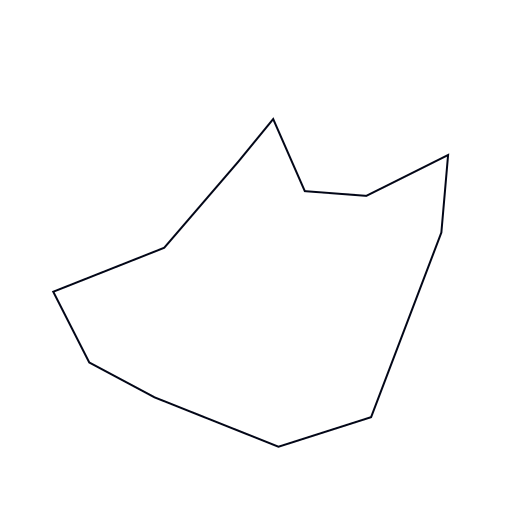 Msida, Mercator projection, rotated 114°
{"feature_id": "MLT-5940", "entity_name": "Msida", "entity_type": "state/province", "adm_level": 1, "iso_a3": "MLT", "parent_name": "Malta", "parent_adm1": "", "projection": "mercator", "projection_center": [14.482, 35.893], "detail": "fine", "context": "isolated", "style": "outline", "palette": "ink", "viewbox_px": 512, "rotation_deg": 114, "n_neighbors": 0, "source": "natural_earth", "source_scale": "10m", "svg_char_len": 319}
<svg xmlns="http://www.w3.org/2000/svg" viewBox="0 0 512 512"><g transform="rotate(114 256 256)"><path d="M371.1,426.7L285.8,343.2L176.9,310.5L123.9,296.0L176.9,237.8L156.2,179.7L85.6,121.6L159.2,96.2L356.4,85.3L421.1,157.9L426.4,291.2L421.1,365.0L371.1,426.7Z" fill="none" stroke="#020617" stroke-width="2"/></g></svg>